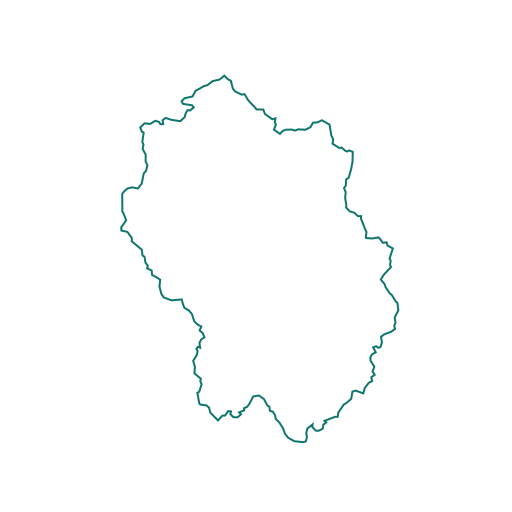 the district of Adjuntas, Puerto Rico, rotated 224°
{"feature_id": "32010507B57249745430969", "entity_name": "Adjuntas", "entity_type": "district", "adm_level": 2, "iso_a3": "PRI", "parent_name": "Puerto Rico", "parent_adm1": "", "projection": "orthographic", "projection_center": [-66.756, 18.181], "detail": "fine", "context": "isolated", "style": "outline", "palette": "teal", "viewbox_px": 512, "rotation_deg": 224, "n_neighbors": 0, "source": "geoboundaries", "source_scale": "gbopen_adm2", "svg_char_len": 3172}
<svg xmlns="http://www.w3.org/2000/svg" viewBox="0 0 512 512"><g transform="rotate(224 256 256)"><path d="M123.4,152.5L122.7,152.2L117.3,151.0L111.7,148.3L106.6,147.6L99.7,149.4L92.5,155.1L91.4,157.3L93.6,161.2L96.8,163.5L99.2,167.6L98.3,174.2L96.7,172.1L92.0,171.8L89.7,173.5L88.0,178.0L90.4,181.5L89.8,185.1L92.2,185.0L87.4,195.3L85.5,197.1L88.0,200.6L89.7,210.4L88.9,212.6L88.3,219.4L92.4,225.4L90.8,228.4L83.4,231.7L86.1,236.5L86.8,243.3L85.5,246.6L88.9,248.9L88.1,253.0L91.9,253.9L94.0,258.6L101.0,260.3L103.3,262.5L104.2,265.7L103.0,269.9L108.3,271.6L107.0,274.5L104.2,275.0L103.2,276.9L105.2,281.2L110.0,284.7L109.3,288.8L106.2,295.3L105.3,300.1L108.2,301.9L109.2,304.8L113.6,308.2L115.8,315.7L121.7,320.5L123.9,320.4L131.4,322.3L133.8,322.0L141.0,323.6L144.4,325.2L149.8,325.7L151.1,331.4L151.2,341.9L153.2,342.5L156.0,346.3L158.1,346.8L162.8,356.5L168.5,354.9L171.6,356.5L173.9,353.6L179.2,354.5L180.8,354.5L184.5,349.4L189.1,345.5L189.9,345.6L193.3,350.1L196.4,351.2L206.5,355.8L208.1,357.7L210.4,355.5L215.2,355.4L219.8,353.2L220.0,353.2L224.9,353.5L226.3,355.3L232.3,359.8L235.9,364.3L239.8,365.9L240.4,369.1L244.4,373.8L243.6,376.5L247.8,384.4L252.1,390.9L258.7,398.1L262.4,396.6L263.0,394.5L265.0,393.7L269.5,393.5L271.2,391.6L278.9,389.9L281.6,393.6L285.4,394.9L294.4,401.6L302.9,399.4L304.5,395.0L307.6,391.5L306.3,386.5L308.2,381.1L313.5,376.6L315.2,373.2L318.1,371.8L322.6,367.2L323.7,364.1L323.6,360.5L330.8,359.3L333.1,364.5L335.5,365.3L337.6,368.5L339.3,365.7L348.2,364.4L352.5,366.4L357.4,361.8L361.5,362.4L362.7,362.2L369.8,362.6L376.6,364.5L378.4,362.1L385.3,359.9L388.9,360.3L395.9,364.6L399.0,363.6L404.1,363.7L404.8,357.6L408.7,351.6L409.7,344.8L411.3,342.5L414.3,332.5L413.5,330.5L412.5,326.6L417.0,319.9L417.0,315.6L414.1,314.8L406.7,320.0L404.0,319.6L404.6,314.7L406.6,313.4L405.5,309.3L403.8,306.6L404.1,300.4L411.7,295.0L416.9,292.6L417.5,288.7L414.4,286.4L416.3,284.4L418.8,285.1L422.3,283.4L423.8,277.6L428.3,274.0L428.6,268.0L424.4,266.1L422.6,266.8L417.1,259.2L414.2,257.8L412.0,254.3L405.8,252.3L400.9,247.2L397.2,245.9L394.3,241.1L394.1,237.4L388.5,228.7L387.8,222.5L392.6,219.5L395.3,215.4L395.7,211.3L395.6,208.9L395.3,207.6L384.7,196.9L383.2,195.2L380.8,194.6L374.2,191.5L372.8,182.9L370.5,180.8L365.3,184.0L357.8,182.7L355.7,180.3L342.5,181.2L338.1,177.6L335.7,178.0L330.8,174.4L327.0,173.8L326.4,172.8L325.8,171.5L321.0,173.1L317.7,170.2L312.3,171.7L308.4,172.4L304.4,167.1L298.1,163.2L293.6,162.1L286.0,165.4L279.2,173.2L275.5,170.8L271.5,169.0L266.4,170.2L261.7,169.7L255.2,166.2L250.6,166.1L246.3,167.3L244.9,163.3L240.7,163.5L236.7,161.8L237.4,157.9L236.3,154.2L232.5,151.2L234.7,150.3L234.4,147.9L231.9,146.9L229.8,143.7L228.4,137.0L222.9,133.8L218.8,128.8L210.4,129.4L209.2,127.3L206.0,125.9L202.5,118.9L203.2,116.9L194.5,110.6L192.9,110.4L187.9,114.1L184.5,114.3L180.0,111.6L169.1,111.3L169.3,117.7L167.4,119.8L168.3,125.1L166.0,126.8L164.7,124.5L160.3,124.3L157.2,127.2L156.8,131.8L159.5,131.8L157.3,136.8L158.9,138.1L157.6,141.4L158.0,144.7L160.4,153.1L157.0,157.7L150.9,158.6L144.2,156.5L141.7,156.9L138.5,154.3L135.8,155.7L131.6,154.7L128.6,152.5L123.4,152.5Z" fill="none" stroke="#0f766e" stroke-width="2"/></g></svg>